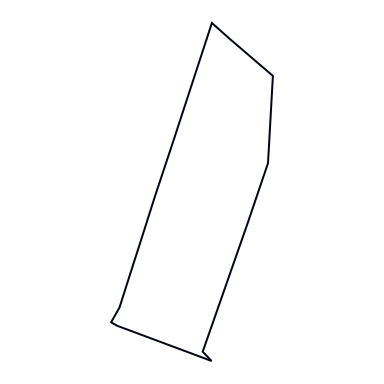 Cajueiro, Alagoas, Brazil (Robinson projection)
{"feature_id": "56859067B55731035935340", "entity_name": "Cajueiro", "entity_type": "district", "adm_level": 2, "iso_a3": "BRA", "parent_name": "Brazil", "parent_adm1": "Alagoas", "projection": "robinson", "projection_center": [-36.169, -9.389], "detail": "fine", "context": "isolated", "style": "outline", "palette": "ink", "viewbox_px": 384, "rotation_deg": 0, "n_neighbors": 0, "source": "geoboundaries", "source_scale": "gbopen_adm2", "svg_char_len": 316}
<svg xmlns="http://www.w3.org/2000/svg" viewBox="0 0 384 384"><path d="M211.6,361.0L202.7,351.7L247.3,224.2L268.0,163.2L272.9,75.9L228.6,37.9L211.9,23.0L174.3,138.1L163.8,169.7L155.3,195.3L139.2,245.9L132.5,266.7L119.5,307.5L111.1,322.3L117.2,325.8L211.6,361.0Z" fill="none" stroke="#020617" stroke-width="2"/></svg>